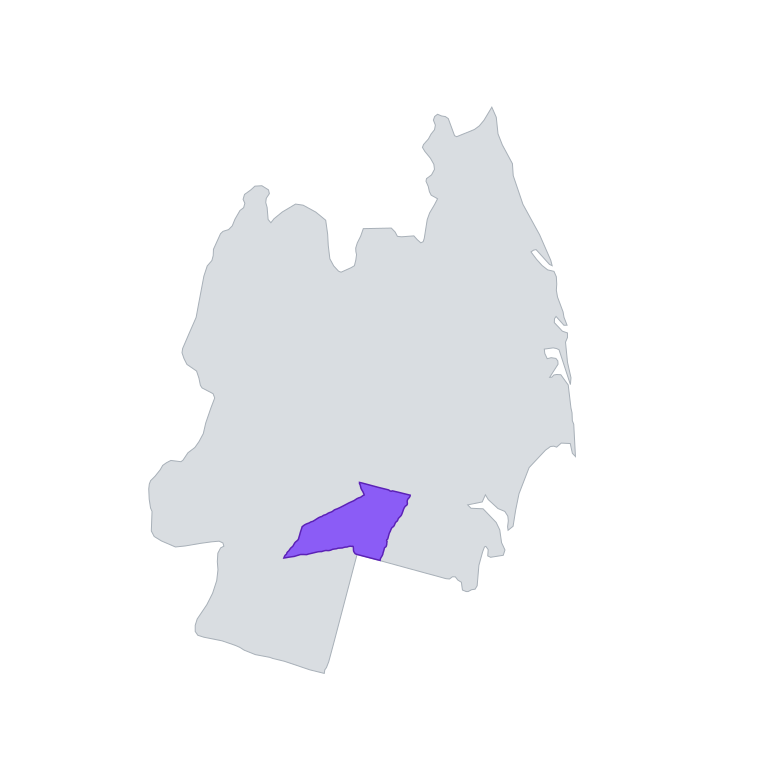 Okano, Wouleu-Ntem, Gabon shown in context, rotated 195°
{"feature_id": "22940354B24104320747688", "entity_name": "Okano", "entity_type": "district", "adm_level": 2, "iso_a3": "GAB", "parent_name": "Gabon", "parent_adm1": "Wouleu-Ntem", "projection": "equal_earth", "projection_center": [11.511, 0.744], "detail": "fine", "context": "in_parent", "style": "filled", "palette": "violet", "viewbox_px": 768, "rotation_deg": 195, "n_neighbors": 0, "source": "geoboundaries", "source_scale": "gbopen_adm2", "svg_char_len": 6014}
<svg xmlns="http://www.w3.org/2000/svg" viewBox="0 0 768 768"><g transform="rotate(195 384 384)"><path d="M503.9,102.1L503.6,108.7L498.0,125.0L495.4,137.5L494.7,150.8L496.3,161.6L499.0,169.2L500.7,177.6L499.4,183.4L496.7,185.9L498.5,188.8L502.6,189.5L509.5,187.0L520.2,182.5L534.1,176.1L543.3,172.6L558.4,174.8L566.5,177.2L570.7,181.8L575.1,200.9L577.4,203.8L581.0,212.0L584.1,221.8L584.8,226.7L584.4,230.3L581.3,235.6L577.9,243.4L576.7,248.1L573.8,251.6L570.1,255.0L560.0,256.4L558.4,258.5L555.6,266.8L550.2,273.8L547.8,280.4L545.7,289.3L546.1,300.2L545.0,316.0L543.9,326.7L546.6,330.4L558.7,333.1L561.0,335.2L564.3,341.8L568.4,348.0L579.4,351.9L583.7,356.7L587.2,361.9L587.7,366.1L585.2,383.3L582.7,399.7L583.7,412.3L584.6,424.2L585.9,441.6L585.3,452.3L582.2,458.7L582.2,463.8L583.6,470.0L580.8,486.9L579.0,489.8L574.1,492.9L571.5,497.5L570.6,504.7L568.0,514.4L565.2,518.0L565.2,522.6L567.9,525.9L567.8,531.0L562.9,537.0L559.9,541.7L553.3,543.9L545.8,541.6L544.0,538.2L545.8,532.9L545.2,528.7L542.6,524.3L538.5,512.9L535.0,510.5L533.0,515.2L526.8,523.8L516.0,534.9L508.4,535.8L494.4,532.4L482.7,527.1L477.2,514.1L473.7,503.4L468.7,490.9L463.1,485.0L457.1,481.2L454.4,480.9L445.8,487.9L443.2,490.6L443.3,496.4L444.0,501.9L445.4,504.5L446.5,508.0L446.3,513.4L444.8,520.7L444.2,528.7L417.3,536.5L412.6,533.7L409.3,530.1L405.2,530.7L393.5,534.8L389.2,532.0L385.0,529.9L383.0,531.6L382.8,535.1L384.8,553.9L384.2,561.1L381.6,570.4L380.2,576.8L387.3,578.6L389.9,581.5L392.4,586.3L395.9,590.7L396.1,593.4L392.2,598.3L390.8,604.4L392.7,609.1L397.6,614.1L404.7,619.2L408.1,622.5L407.8,625.6L404.5,632.2L403.2,637.7L401.0,642.7L401.4,647.4L404.6,651.7L404.3,655.5L402.1,658.4L397.7,657.8L394.0,658.2L390.6,657.0L380.1,642.1L377.8,641.7L362.6,653.2L358.8,657.9L355.7,664.6L351.5,679.3L344.6,670.7L338.6,655.1L331.6,645.6L317.0,630.1L313.1,618.7L296.3,593.5L272.3,568.4L254.9,546.6L252.2,541.8L255.2,542.4L271.9,553.2L274.2,552.0L276.2,549.6L268.9,543.9L262.0,539.4L255.5,536.6L249.0,536.8L245.3,532.2L243.0,525.2L241.8,519.2L238.9,512.9L229.7,500.0L227.4,495.0L222.4,488.2L225.4,487.3L235.3,493.8L236.2,491.2L235.4,487.4L225.4,481.2L220.0,480.8L218.8,476.4L219.5,471.4L212.4,452.5L205.0,438.4L203.8,431.7L223.8,462.4L226.4,462.9L229.9,462.7L238.2,459.2L236.6,455.1L232.9,450.7L229.3,452.7L224.6,453.2L222.1,451.3L221.0,448.2L225.7,433.3L223.7,434.0L222.2,436.7L219.6,437.9L215.6,438.7L205.8,430.7L197.2,409.2L194.9,404.8L192.6,397.3L190.3,394.2L180.3,363.5L184.1,365.8L188.7,374.7L197.5,372.8L200.9,367.7L203.9,367.9L207.0,366.7L210.9,361.9L222.2,340.8L225.2,312.9L224.2,296.4L222.5,280.0L226.3,274.8L227.7,278.2L228.5,284.0L230.2,288.4L234.3,292.2L241.7,293.2L253.3,299.3L257.4,303.2L258.6,295.5L271.9,288.9L267.8,286.5L256.0,289.1L239.8,279.3L234.4,273.0L229.4,261.2L224.2,255.0L224.5,249.4L236.2,244.2L239.3,244.8L240.5,251.0L243.6,253.5L244.8,252.6L245.3,247.4L245.4,233.4L241.8,213.2L242.9,209.4L246.1,208.0L249.0,205.3L250.9,204.8L254.9,205.3L256.9,210.0L257.9,212.5L261.9,213.7L265.2,216.2L268.0,215.5L270.3,212.6L273.8,212.0L284.4,212.1L294.0,212.1L313.2,212.2L332.3,212.3L351.5,212.4L365.9,212.4L365.9,200.9L365.8,183.2L365.7,162.2L365.6,142.1L365.5,123.5L365.5,101.5L366.2,95.2L367.2,92.6L366.8,89.0L381.7,88.7L408.5,90.4L420.2,90.1L423.6,90.4L438.2,89.3L450.1,90.7L455.2,92.3L459.7,93.0L473.9,94.0L492.5,92.8L498.8,93.1L502.3,96.1L503.9,102.1Z" fill="#d9dde1" stroke="#a8b0b8" stroke-width="1"/><path d="M329.8,282.5L329.9,283.4L340.5,283.2L347.7,283.0L348.5,282.9L349.1,282.3L349.8,282.2L350.9,282.4L351.5,282.7L352.4,282.9L363.0,282.7L379.5,282.7L382.2,282.6L382.1,282.3L381.9,281.4L380.9,280.4L380.3,279.2L379.1,277.1L378.0,275.9L376.7,274.7L375.3,273.0L374.7,272.2L374.4,271.7L375.1,271.1L376.0,270.1L376.7,269.2L377.6,268.3L378.8,267.6L380.4,266.3L382.9,263.5L384.5,262.2L387.1,260.1L391.4,256.1L394.5,253.3L396.8,251.4L398.4,250.3L399.3,249.6L400.4,248.2L400.8,247.6L402.1,246.5L403.5,245.6L404.8,244.5L405.9,243.2L407.0,242.4L408.2,241.7L408.9,241.0L409.8,239.9L410.9,239.3L412.6,237.9L415.6,234.6L417.1,233.0L417.9,232.5L418.9,231.9L420.4,230.4L422.3,229.1L423.6,228.0L424.5,227.1L425.4,225.9L426.1,225.1L426.2,222.6L426.3,220.9L426.4,219.3L426.4,216.5L426.5,212.5L426.6,211.5L427.3,210.3L427.8,209.5L428.5,208.6L429.1,207.4L429.6,205.5L429.8,204.5L430.2,203.5L430.8,202.6L431.2,202.0L431.7,201.3L432.1,200.2L432.5,199.1L432.9,198.0L433.5,197.2L434.0,196.2L434.1,195.5L434.1,194.7L434.3,194.2L435.1,193.1L435.4,192.0L435.6,190.9L435.7,190.0L435.2,190.2L433.4,191.0L431.3,192.0L428.5,193.2L426.1,194.2L423.4,195.9L420.5,197.7L417.1,198.6L414.8,199.1L414.0,199.5L413.0,200.2L410.5,201.5L408.1,202.8L404.8,204.6L403.3,205.3L402.3,205.5L401.6,205.9L401.0,205.9L400.2,206.4L399.3,207.0L397.7,207.9L396.5,208.3L395.3,208.5L394.2,208.8L393.4,209.2L392.5,209.7L391.4,210.6L390.7,211.1L389.4,211.7L388.4,212.1L387.4,212.5L386.6,213.0L385.9,213.5L385.1,213.8L384.1,214.1L382.6,214.6L381.7,214.9L380.9,215.5L379.3,216.4L377.6,216.9L376.3,217.8L374.7,218.6L373.9,218.7L373.1,218.8L372.4,219.1L371.8,219.1L371.6,218.8L371.3,218.1L371.0,217.4L370.8,216.6L370.5,215.7L370.2,214.9L369.7,214.2L368.7,213.3L368.0,212.7L367.3,212.5L366.4,212.4L365.7,212.4L361.0,212.4L346.4,212.5L342.1,212.6L342.2,213.7L342.2,214.5L342.0,215.5L341.6,216.7L341.3,217.9L341.1,218.9L341.2,220.7L341.1,222.6L341.1,224.7L341.1,225.9L340.8,226.4L340.3,226.9L339.9,227.6L339.8,229.3L340.0,230.5L340.2,231.1L340.2,231.9L340.3,232.7L340.9,233.2L341.0,234.2L340.7,234.7L340.3,235.3L340.3,239.0L340.3,241.0L340.1,242.2L339.8,243.5L339.7,244.7L339.5,246.0L339.3,246.8L338.9,247.7L338.2,248.4L337.7,249.3L337.4,250.4L337.3,251.4L337.2,252.3L336.9,253.4L336.1,254.7L335.7,255.1L335.5,256.1L335.4,257.4L335.2,258.1L334.7,259.0L334.1,260.1L333.5,261.2L333.2,262.2L333.0,263.9L332.8,266.2L332.7,267.9L332.5,269.3L332.1,270.7L331.6,271.8L331.1,272.2L330.5,273.2L330.4,273.9L330.5,274.7L330.7,275.3L331.1,276.1L331.3,277.2L331.3,278.1L331.0,279.4L330.5,280.2L330.1,281.1L329.8,282.4L329.8,282.5Z" fill="#8b5cf6" stroke="#5b21b6" stroke-width="1.5"/></g></svg>